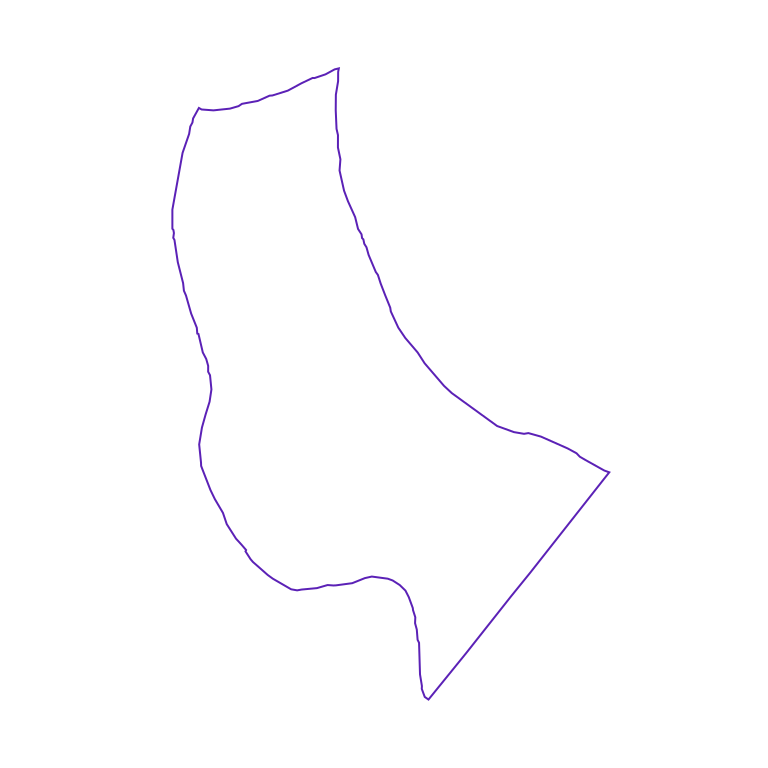 the district of La Democracia, Huehuetenango, Guatemala, rotated 189°
{"feature_id": "79465075B38360675898536", "entity_name": "La Democracia", "entity_type": "district", "adm_level": 2, "iso_a3": "GTM", "parent_name": "Guatemala", "parent_adm1": "Huehuetenango", "projection": "albers", "projection_center": [-91.866, 15.617], "detail": "fine", "context": "isolated", "style": "outline", "palette": "violet", "viewbox_px": 768, "rotation_deg": 189, "n_neighbors": 0, "source": "geoboundaries", "source_scale": "gbopen_adm2", "svg_char_len": 1782}
<svg xmlns="http://www.w3.org/2000/svg" viewBox="0 0 768 768"><g transform="rotate(189 384 384)"><path d="M610.0,627.7L614.1,616.4L614.1,612.3L615.6,608.0L615.6,600.5L619.1,580.8L620.3,523.1L617.3,504.2L616.1,503.2L615.1,500.2L615.0,495.4L613.5,493.5L606.7,472.0L598.2,452.2L596.2,444.8L593.4,440.4L585.5,423.4L577.7,410.3L576.3,404.6L575.1,404.4L573.6,400.8L567.9,386.8L563.5,380.9L560.5,374.4L559.6,368.6L557.2,365.4L553.6,351.6L553.5,339.2L555.4,326.2L557.0,312.5L557.1,295.4L552.4,277.6L551.8,274.5L550.1,271.5L538.8,252.1L533.1,243.9L522.9,231.5L517.4,221.0L506.0,208.1L499.6,203.0L494.2,198.4L494.6,197.0L488.4,190.1L485.6,187.7L469.0,177.2L463.3,174.3L443.6,166.7L437.5,166.6L433.2,168.1L418.3,171.9L408.3,176.6L402.4,177.1L400.0,177.6L384.2,182.3L372.5,189.3L365.9,191.9L349.8,192.3L344.7,191.3L337.0,187.9L330.5,183.3L326.2,177.4L320.5,167.2L320.0,165.3L316.6,158.5L315.9,152.6L313.2,146.6L310.8,136.6L308.9,133.9L303.0,102.8L299.3,91.6L299.0,88.8L294.8,81.3L290.7,79.3L260.5,131.5L225.4,194.0L210.3,220.1L152.1,324.2L147.7,332.0L152.9,333.0L173.3,340.5L179.2,342.8L183.0,345.7L192.6,349.1L220.8,356.6L233.7,358.1L237.9,356.7L248.1,356.8L265.7,360.2L315.6,385.6L324.5,391.6L347.1,410.8L355.7,420.4L370.2,432.8L378.7,441.9L388.6,456.7L389.8,460.4L396.8,472.0L403.0,482.7L407.1,490.8L409.6,493.3L419.4,509.1L422.7,516.3L425.4,519.4L427.0,523.6L428.5,524.7L429.6,528.3L433.9,533.1L438.6,544.3L448.2,558.9L453.7,568.7L461.3,587.9L462.2,599.1L466.5,610.4L468.4,622.6L470.8,628.6L474.5,646.8L476.8,662.2L476.7,675.9L478.1,685.1L478.0,688.7L482.0,687.0L490.2,680.7L500.5,675.3L502.4,675.1L512.6,668.1L524.9,658.7L539.4,651.5L542.1,650.9L553.0,643.8L568.1,638.5L571.1,635.7L579.2,631.9L595.2,627.6L607.1,626.6L610.0,627.7Z" fill="none" stroke="#5b21b6" stroke-width="2"/></g></svg>